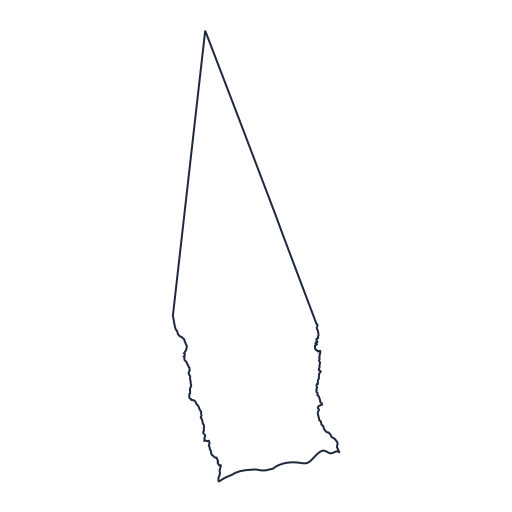 Gichugu, Central, Kenya (Robinson projection)
{"feature_id": "3690345B12290008452347", "entity_name": "Gichugu", "entity_type": "district", "adm_level": 2, "iso_a3": "KEN", "parent_name": "Kenya", "parent_adm1": "Central", "projection": "robinson", "projection_center": [37.366, -0.358], "detail": "fine", "context": "isolated", "style": "outline", "palette": "slate", "viewbox_px": 512, "rotation_deg": 0, "n_neighbors": 0, "source": "geoboundaries", "source_scale": "gbopen_adm2", "svg_char_len": 5490}
<svg xmlns="http://www.w3.org/2000/svg" viewBox="0 0 512 512"><path d="M339.1,452.0L338.8,450.9L338.0,449.8L337.6,448.4L337.0,447.2L337.1,445.7L337.4,444.9L337.7,443.9L337.4,442.9L337.1,441.9L336.6,441.3L336.0,440.5L335.3,439.5L334.6,438.9L333.9,438.2L333.1,437.9L332.3,437.5L331.7,437.1L331.2,436.3L330.9,435.5L330.5,434.6L329.9,434.1L329.3,433.3L328.6,432.5L327.3,432.4L326.3,431.8L325.6,431.1L325.0,430.3L324.4,429.5L323.9,428.6L323.6,427.6L323.4,426.7L323.0,425.7L322.4,425.4L321.6,424.7L321.3,423.9L321.1,422.7L320.9,421.6L320.0,420.7L319.2,420.1L319.1,419.0L318.9,418.0L318.5,416.6L318.2,415.3L317.9,413.9L317.7,412.8L318.0,412.0L318.6,410.7L319.0,409.6L318.4,408.8L317.8,408.0L318.1,406.9L318.7,406.3L319.4,405.6L320.2,405.4L321.0,405.0L321.9,404.7L322.0,403.7L320.9,402.6L320.2,401.7L320.1,400.7L319.9,399.6L319.5,398.5L319.2,397.3L318.7,396.3L317.9,395.6L317.4,395.0L317.7,393.9L317.5,393.1L316.7,392.3L316.4,391.5L316.7,390.4L316.3,389.5L316.7,388.5L317.1,387.5L316.7,386.4L316.6,385.0L317.0,384.0L317.8,383.9L318.0,382.6L317.8,381.4L318.0,380.3L318.4,379.3L318.9,378.5L318.9,377.3L318.9,375.9L319.1,374.9L319.1,374.0L319.6,373.0L320.4,372.2L320.6,371.2L319.7,370.7L318.9,370.2L318.8,369.1L319.4,367.9L319.6,366.5L319.5,365.4L319.6,364.5L319.9,363.7L320.0,362.5L319.4,361.5L319.0,360.6L319.5,359.4L319.6,358.2L319.2,357.3L319.5,356.1L319.9,354.9L319.6,353.9L320.1,353.3L320.3,352.2L320.2,351.0L319.4,350.9L318.7,351.2L317.8,351.4L317.4,350.5L316.4,350.2L315.7,349.6L315.1,348.8L315.0,347.8L315.0,346.8L315.0,345.6L316.0,345.0L316.7,344.5L316.2,344.0L315.5,343.4L316.0,342.4L317.2,342.4L317.3,341.5L316.7,340.9L316.4,340.1L316.5,339.0L317.2,338.5L318.0,338.3L318.1,337.4L318.0,336.5L318.5,335.6L318.4,334.3L318.3,333.0L318.0,331.8L317.8,330.4L317.0,329.1L316.8,327.9L317.0,326.9L317.3,326.1L317.5,325.3L317.2,324.4L316.4,323.7L282.2,233.1L275.9,215.9L237.2,114.2L205.2,30.7L172.9,315.5L173.0,316.4L173.4,318.4L173.8,320.4L173.9,321.4L174.3,323.4L174.5,324.5L174.7,325.6L174.8,326.4L175.1,327.4L175.4,328.4L175.8,329.6L176.6,330.2L177.0,331.2L177.5,332.1L177.7,333.3L178.0,334.3L178.7,335.1L179.4,335.9L180.5,336.6L181.6,337.0L182.8,338.1L183.9,339.0L184.5,340.2L184.7,341.6L185.3,342.5L185.7,343.7L186.4,345.0L186.8,346.2L186.8,347.4L186.5,348.3L186.2,349.2L186.0,350.2L185.6,351.0L185.0,351.6L184.6,352.4L184.0,353.2L184.8,353.9L184.7,355.1L184.6,356.1L183.8,356.5L184.3,357.2L184.4,358.5L184.5,359.9L185.4,360.9L186.1,361.6L186.7,362.2L186.9,363.3L187.5,364.3L188.1,365.4L188.5,366.6L189.1,367.3L189.5,368.0L189.6,369.3L189.6,370.6L189.2,371.4L188.8,372.1L188.6,373.1L189.0,374.1L189.4,375.2L190.1,376.0L190.1,377.5L190.1,378.8L190.2,379.8L190.4,380.8L190.7,381.5L190.7,382.6L190.7,383.8L191.1,384.9L191.2,386.1L190.9,386.8L190.4,387.6L190.0,388.7L190.0,389.9L190.0,390.9L190.2,392.0L190.1,393.3L189.4,393.9L189.5,394.8L189.2,395.6L189.2,396.5L189.3,397.4L189.9,398.5L191.0,399.1L191.4,400.0L192.5,400.1L193.6,400.2L194.5,400.8L195.3,401.6L196.1,403.0L196.4,404.1L197.0,404.7L197.8,405.3L198.4,406.4L198.9,407.3L199.2,408.5L199.7,409.5L200.4,410.7L200.9,411.4L201.2,412.3L201.1,413.5L201.3,414.5L201.5,415.5L201.2,416.4L200.7,417.3L201.1,418.2L201.7,419.1L202.3,420.4L202.5,421.8L202.7,423.0L203.3,424.2L203.9,425.1L203.9,425.9L204.1,427.1L203.7,428.5L203.8,429.5L204.0,430.5L203.5,431.4L203.1,432.1L203.3,433.1L204.2,434.2L205.0,435.1L205.2,436.1L204.7,437.2L204.4,438.4L204.5,439.5L204.4,440.8L205.5,440.6L206.4,440.8L207.4,441.2L208.8,440.8L209.3,441.9L209.4,442.9L209.5,443.8L209.0,444.6L208.8,445.7L209.4,446.6L209.6,447.5L209.8,448.3L209.8,449.2L210.4,450.1L211.0,451.5L211.2,453.1L211.4,454.3L212.0,455.1L213.1,455.8L213.9,456.6L214.6,457.0L215.3,457.7L216.5,457.7L217.2,459.2L217.7,460.3L218.2,461.3L217.7,462.0L217.8,463.2L218.4,464.1L219.0,465.2L219.7,465.3L220.5,465.1L220.9,465.9L220.6,466.7L220.3,467.8L219.9,469.4L219.6,470.6L219.7,471.7L220.0,472.8L219.9,473.8L219.7,474.8L219.4,475.6L219.1,476.4L218.6,477.5L218.4,478.7L218.4,480.3L218.8,481.3L219.8,481.0L220.6,480.5L221.5,479.9L222.4,479.3L223.2,478.8L224.2,478.2L225.4,477.6L226.4,477.1L227.2,476.8L228.0,476.4L229.1,476.0L230.3,475.5L231.6,474.9L232.8,474.3L234.0,473.6L235.1,473.0L236.1,472.5L237.0,472.3L237.9,472.0L238.8,471.6L239.8,471.3L240.8,471.0L241.6,470.9L242.8,470.7L244.0,470.5L244.8,470.3L245.6,470.2L246.5,470.1L247.3,470.1L248.3,470.0L249.2,469.9L250.5,469.8L251.6,469.7L252.8,469.6L254.3,469.5L255.1,469.5L255.9,469.5L256.8,469.6L257.7,469.8L258.6,470.0L259.5,470.1L260.9,470.3L261.9,470.4L263.0,470.5L264.1,470.4L265.0,470.4L265.9,470.3L266.9,470.1L267.9,469.8L269.1,469.6L270.4,469.2L271.5,469.0L272.3,468.8L273.0,468.6L273.7,468.1L274.7,467.4L275.7,466.6L276.6,466.2L277.5,465.7L278.5,465.2L279.8,464.7L281.0,464.3L282.1,463.9L283.2,463.6L284.3,463.3L285.4,463.1L286.3,462.9L287.3,462.7L288.4,462.6L289.4,462.5L290.7,462.4L292.2,462.3L293.2,462.3L294.1,462.3L295.2,462.4L296.9,462.5L298.1,462.6L299.0,462.7L300.1,462.9L301.6,463.1L302.9,463.2L303.9,463.3L304.7,463.3L305.7,463.3L307.0,463.0L308.1,462.6L308.9,462.1L309.6,461.6L310.6,460.8L311.7,459.8L312.6,458.8L313.3,458.1L314.0,457.4L314.5,456.8L315.1,456.2L315.7,455.6L316.5,454.7L317.4,453.9L318.2,453.2L319.0,452.5L319.7,452.1L320.4,451.6L321.3,451.2L322.3,450.8L323.1,450.6L324.0,450.6L325.1,451.0L326.4,451.5L327.2,451.9L328.0,452.4L328.7,452.8L329.4,453.1L330.3,453.3L331.1,453.3L332.0,453.1L332.8,452.8L333.7,452.5L334.8,452.0L336.0,451.5L337.2,451.4L338.3,451.8L339.1,452.0Z" fill="none" stroke="#1e293b" stroke-width="2"/></svg>